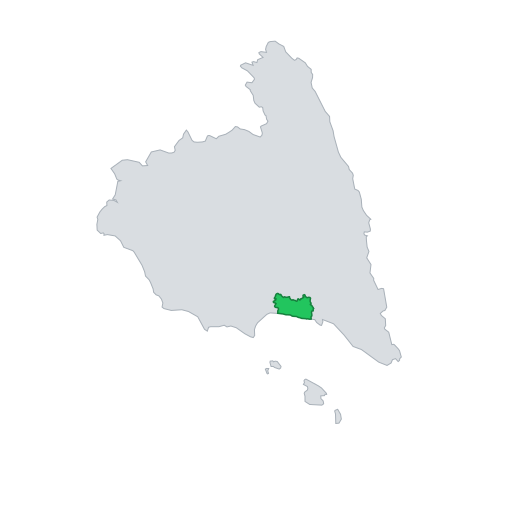 where Castellón sits in Spain, rotated 64°
{"feature_id": "ESP-5814", "entity_name": "Castellón", "entity_type": "Autonomous Community", "adm_level": 1, "iso_a3": "ESP", "parent_name": "Spain", "parent_adm1": "", "projection": "robinson", "projection_center": [-0.258, 40.248], "detail": "fine", "context": "in_parent", "style": "filled", "palette": "green", "viewbox_px": 512, "rotation_deg": 64, "n_neighbors": 0, "source": "natural_earth", "source_scale": "10m", "svg_char_len": 6346}
<svg xmlns="http://www.w3.org/2000/svg" viewBox="0 0 512 512"><g transform="rotate(64 256 256)"><path d="M273.3,136.7L273.3,137.9L275.5,140.1L282.0,141.4L283.7,142.4L283.4,145.4L281.8,148.1L283.2,149.2L284.8,149.2L286.7,147.1L287.1,148.5L290.1,149.8L296.7,152.2L301.4,152.5L306.2,157.3L314.1,156.4L321.2,161.0L327.8,160.0L329.3,160.9L339.6,161.0L340.2,157.2L341.4,155.7L359.3,160.9L361.5,164.1L361.1,165.8L362.1,169.5L364.4,169.4L369.1,167.3L375.3,169.9L376.9,172.2L378.2,172.3L382.7,170.1L395.2,172.8L395.7,171.0L396.5,170.5L401.7,168.9L403.9,168.5L410.5,169.7L411.3,171.9L412.7,172.7L413.2,174.5L409.4,175.6L409.0,178.8L411.4,181.5L411.8,186.2L405.2,192.2L386.2,202.3L379.9,208.4L365.7,211.5L350.9,216.0L342.2,224.1L344.4,224.7L347.1,227.5L346.2,228.7L342.4,230.6L338.9,231.1L332.5,241.1L323.6,251.4L320.3,256.1L313.3,268.3L313.2,271.8L316.7,283.9L318.7,287.0L321.5,289.7L326.8,292.0L328.1,294.2L326.3,296.3L321.0,300.1L311.8,305.2L307.9,309.3L307.0,313.2L304.3,314.9L303.3,320.3L299.6,327.9L299.3,329.9L302.2,332.7L299.3,334.4L285.1,335.0L276.3,341.0L271.8,346.2L267.8,356.0L262.9,361.8L260.7,362.8L257.4,360.3L253.2,359.9L249.2,360.8L247.1,362.8L243.7,363.9L240.5,362.9L233.5,362.4L230.4,362.5L225.6,364.1L221.4,363.0L214.4,362.5L199.1,363.8L197.2,364.4L190.3,371.0L182.9,371.1L176.2,373.8L171.6,380.2L170.7,383.6L169.4,382.8L168.3,383.1L167.7,385.7L163.1,387.4L157.9,385.2L153.7,382.1L151.4,381.8L147.9,376.9L146.4,373.7L145.3,370.3L145.3,367.9L142.1,366.5L141.3,363.4L143.8,359.3L147.0,357.1L144.1,357.3L141.9,359.9L139.3,355.7L128.4,347.5L129.0,344.7L127.1,346.8L125.9,347.4L120.2,347.0L113.7,348.0L111.3,334.2L113.1,329.3L120.6,319.9L125.2,318.6L127.2,313.7L123.0,313.9L116.6,304.5L118.6,295.7L125.3,289.2L126.5,286.5L126.8,284.1L125.6,282.3L122.0,281.4L118.4,274.5L117.7,270.1L114.7,267.7L112.3,263.4L114.6,262.8L124.0,262.8L126.3,261.7L128.1,258.8L130.0,254.1L130.5,251.2L126.9,247.1L126.8,246.2L127.4,244.9L133.2,240.3L132.1,236.9L133.3,229.8L132.9,225.6L132.4,222.2L130.6,217.8L131.9,216.0L134.9,214.5L137.4,210.9L140.9,207.8L145.5,205.4L150.9,200.1L150.1,197.8L148.3,196.4L141.9,195.4L141.5,194.3L141.7,188.5L140.1,186.2L137.7,186.5L134.2,185.5L133.3,186.1L128.7,186.0L125.5,184.9L124.2,185.8L123.7,187.8L118.3,189.9L115.3,189.8L110.4,188.1L104.8,188.7L104.1,188.2L99.3,190.6L97.7,190.7L95.8,187.8L98.5,183.7L96.4,179.8L94.9,179.6L85.9,182.5L80.6,186.3L78.5,186.8L77.8,186.1L77.8,180.7L83.4,175.0L80.0,174.7L80.2,173.0L82.5,170.4L80.3,168.4L80.6,162.6L75.7,164.5L74.4,164.2L74.5,161.9L77.6,157.3L74.5,156.8L72.2,155.0L69.4,151.3L69.5,149.3L71.3,144.6L75.5,142.4L79.8,139.2L85.5,139.8L94.0,137.1L97.0,135.6L97.0,133.7L96.0,132.2L97.0,130.9L104.0,127.0L108.1,126.6L112.4,124.6L115.2,125.9L117.7,125.5L120.5,127.0L124.1,130.4L129.6,131.8L134.0,130.7L156.4,130.4L162.8,128.7L167.7,130.8L177.2,131.8L182.9,133.5L198.7,136.4L204.5,136.5L216.1,133.6L219.2,134.3L223.9,132.9L226.1,133.2L228.9,135.2L239.1,137.9L241.8,135.6L243.8,135.1L251.1,136.5L258.4,139.4L262.2,139.6L267.9,138.8L273.3,136.7ZM410.1,259.1L412.7,260.2L415.5,259.2L417.0,259.5L418.5,260.0L418.9,262.2L413.0,272.8L408.2,275.7L403.4,273.4L400.6,272.9L399.7,272.0L399.0,268.6L397.8,267.5L395.9,267.0L392.2,269.7L391.0,267.9L389.2,267.6L388.5,266.5L388.5,265.1L400.0,256.9L403.3,255.0L410.3,252.9L411.4,253.2L410.5,254.5L411.5,255.7L410.1,259.1ZM442.6,254.7L441.5,257.7L432.9,253.8L430.1,253.3L429.4,252.7L429.6,249.8L435.4,249.4L440.0,250.8L442.6,254.7ZM362.9,288.8L361.9,290.9L357.6,290.1L356.7,289.3L357.6,286.9L358.8,286.6L358.9,284.9L360.1,283.2L366.2,281.9L367.5,283.0L367.8,284.7L364.2,288.3L362.9,288.8ZM367.1,297.2L366.5,297.6L361.8,297.2L361.7,295.8L362.7,293.9L364.4,295.8L367.0,296.2L367.1,297.2Z" fill="#d9dde1" stroke="#a8b0b8" stroke-width="1"/><path d="M336.9,234.1L336.7,234.5L336.3,235.5L335.8,236.2L335.3,236.7L335.0,237.2L334.8,238.1L334.1,238.8L332.1,242.3L331.8,242.6L331.1,243.2L330.7,243.6L329.8,244.8L328.1,246.1L326.4,249.2L325.7,250.0L324.2,250.8L323.5,251.8L322.3,254.2L321.6,255.3L319.9,257.1L317.0,261.6L314.8,260.4L313.8,259.2L312.8,258.8L311.8,259.3L311.0,260.6L310.4,261.1L309.7,261.4L309.1,261.2L307.6,258.9L306.5,259.4L306.1,260.1L305.7,260.4L305.2,260.6L304.7,260.5L304.4,260.2L304.4,259.9L304.5,259.5L304.4,259.0L304.1,257.5L303.2,256.9L302.6,258.1L301.9,258.0L300.9,256.3L300.4,256.1L300.2,255.7L299.9,255.4L299.7,255.3L299.5,255.1L299.2,254.7L299.1,254.2L299.0,253.8L299.1,253.5L299.1,253.0L299.3,252.8L299.5,252.5L300.1,252.2L300.4,252.2L300.8,251.9L301.1,251.6L301.2,251.3L301.3,250.7L301.6,250.5L301.8,250.5L302.3,250.6L303.4,250.4L305.3,249.5L305.4,249.3L305.2,248.8L305.2,248.6L305.2,248.3L305.3,248.1L305.8,247.6L306.2,247.4L306.4,247.0L306.5,246.7L306.6,246.2L306.7,245.9L306.9,245.7L307.0,245.1L307.0,244.9L307.1,244.7L307.1,244.2L307.3,243.8L307.5,243.8L307.8,243.9L308.0,244.0L308.5,244.1L308.8,244.1L309.1,244.0L309.3,244.0L309.8,243.9L310.1,243.9L311.1,243.4L311.3,243.2L311.5,243.0L311.6,242.6L311.5,242.4L311.5,242.1L311.5,241.9L312.1,241.5L312.5,241.2L312.9,240.5L313.2,240.2L314.3,239.6L314.4,239.3L314.5,239.0L314.4,238.8L314.2,238.5L313.9,238.1L313.7,237.9L313.2,237.7L313.1,237.4L313.0,237.2L313.0,236.9L313.1,236.7L313.4,236.5L314.7,236.0L314.8,235.8L314.8,235.6L314.7,235.4L314.6,235.0L314.2,234.7L314.1,234.3L314.2,234.1L314.3,233.9L314.3,233.4L314.2,233.1L314.2,232.9L314.1,232.4L314.1,232.2L314.2,231.9L314.2,231.4L313.8,231.3L313.4,231.5L313.1,231.4L312.9,231.4L312.7,231.3L312.4,231.2L312.2,231.1L311.9,230.8L311.9,230.3L311.9,230.1L311.9,229.8L311.9,229.6L312.2,229.3L312.5,229.2L312.8,229.1L313.2,229.2L313.7,229.5L313.9,229.5L314.3,229.3L314.5,229.1L315.9,228.4L316.0,228.2L316.0,227.7L316.1,227.2L316.2,226.7L316.3,226.5L316.5,226.3L317.0,225.7L317.3,225.6L317.8,225.5L318.2,225.7L318.4,225.9L318.6,226.1L319.1,226.4L320.3,227.2L321.0,227.3L322.4,227.2L322.9,227.4L323.1,227.6L323.2,227.8L323.1,228.0L323.2,228.3L323.4,228.4L323.6,228.4L323.9,228.2L324.2,228.0L324.4,227.8L324.6,227.7L325.0,227.6L325.3,227.5L326.4,227.5L327.2,227.2L327.9,227.3L328.5,227.2L328.6,227.4L328.7,227.6L328.8,227.8L329.1,228.1L329.7,228.3L330.1,228.5L330.4,228.8L330.3,229.0L330.2,229.2L330.1,229.5L330.0,229.8L330.3,230.3L330.5,230.5L331.2,230.9L333.1,231.5L334.0,231.9L334.3,232.2L334.5,232.4L334.5,232.6L334.6,232.9L334.8,233.2L335.0,233.3L336.8,234.0L336.9,234.1Z" fill="#22c55e" stroke="#15803d" stroke-width="1.5"/></g></svg>